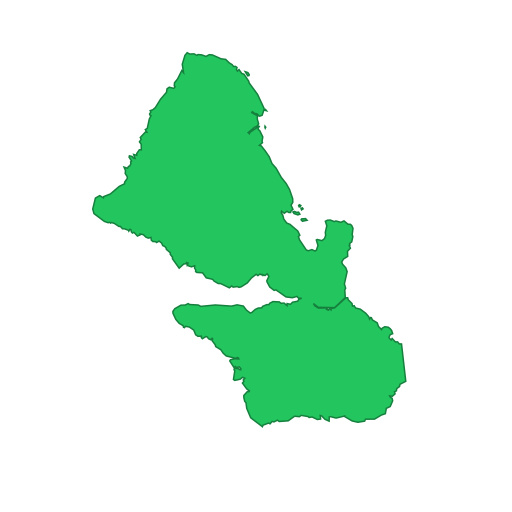 outline of Tol, Chuuk, Federated States of Micronesia, rotated 143°
{"feature_id": "79324940B54997452530027", "entity_name": "Tol", "entity_type": "district", "adm_level": 2, "iso_a3": "FSM", "parent_name": "Federated States of Micronesia", "parent_adm1": "Chuuk", "projection": "natural_earth1", "projection_center": [151.62, 7.349], "detail": "fine", "context": "isolated", "style": "filled", "palette": "green", "viewbox_px": 512, "rotation_deg": 143, "n_neighbors": 0, "source": "geoboundaries", "source_scale": "gbopen_adm2", "svg_char_len": 6141}
<svg xmlns="http://www.w3.org/2000/svg" viewBox="0 0 512 512"><g transform="rotate(143 256 256)"><path d="M192.7,98.2L194.5,99.6L194.6,102.2L196.4,103.5L196.9,108.2L198.6,107.6L199.0,110.2L198.4,111.3L196.2,112.4L193.6,111.7L192.5,114.9L192.6,117.1L193.2,119.5L195.7,122.0L198.8,122.4L200.0,121.7L200.6,126.1L199.4,129.6L201.5,134.9L201.0,137.3L201.5,137.9L203.3,137.3L202.5,139.6L202.8,144.2L204.7,150.8L207.8,154.6L207.5,157.2L209.1,157.9L207.9,160.3L208.7,165.5L207.9,167.5L209.4,168.5L224.6,167.2L227.3,168.8L228.6,167.8L228.9,169.8L230.8,169.2L231.7,170.8L230.9,170.8L231.2,172.3L237.5,176.8L239.0,180.7L238.8,183.5L237.1,177.5L224.3,167.5L209.7,169.1L205.5,175.5L203.8,176.3L202.2,180.5L192.6,188.7L191.4,192.5L191.8,197.3L191.2,199.6L187.9,200.9L183.0,200.5L180.1,204.7L175.9,205.4L175.2,208.3L174.5,208.1L173.8,209.6L171.0,209.7L166.9,213.3L166.4,215.1L161.9,219.7L161.2,222.8L161.6,224.6L163.4,226.0L164.6,231.1L167.9,231.8L171.1,235.9L172.8,236.4L175.0,240.0L177.4,241.6L179.7,242.0L181.3,237.5L186.4,233.2L188.0,230.5L190.8,228.7L194.1,228.6L197.2,232.4L198.2,232.5L200.2,227.1L204.3,224.3L205.9,224.5L207.5,227.5L211.1,228.7L212.2,230.6L211.5,242.7L210.4,246.0L208.5,246.2L207.6,250.8L209.8,260.8L211.6,263.8L211.6,268.7L210.0,272.6L209.8,275.4L208.6,276.4L207.7,273.1L204.4,273.1L203.7,271.1L202.2,269.9L201.0,270.9L198.4,271.0L197.4,275.5L194.3,276.7L192.2,279.7L189.2,288.9L188.3,295.6L188.5,303.6L187.1,314.1L187.6,320.2L185.7,327.3L185.4,334.3L185.5,340.7L186.7,342.3L182.6,342.6L182.1,344.0L178.9,347.0L177.6,353.7L178.0,355.9L176.8,357.2L177.4,357.9L180.3,358.1L186.4,358.4L187.7,357.6L188.0,359.3L179.7,359.7L177.0,359.1L174.4,359.9L172.5,364.7L170.5,367.1L173.1,373.1L172.1,373.5L171.2,370.6L169.6,368.9L169.3,365.8L168.7,365.4L166.4,364.7L161.6,368.0L160.7,369.1L157.5,384.1L157.3,398.4L156.6,400.0L156.2,408.4L157.5,410.3L157.4,415.1L159.6,414.9L159.4,416.7L157.7,418.0L158.3,419.8L159.9,420.9L159.9,423.3L161.1,426.2L161.9,431.3L165.2,434.5L169.8,442.8L172.1,444.9L175.8,445.5L178.3,449.3L181.1,451.8L182.5,451.8L183.8,454.7L187.4,457.2L188.6,459.8L192.0,459.0L199.5,453.5L203.5,446.1L203.6,448.8L212.1,444.6L216.8,443.4L218.9,441.1L218.7,440.0L219.8,439.5L220.9,439.5L223.7,443.0L226.4,443.1L229.0,440.6L237.8,438.7L247.1,435.1L250.6,434.9L253.0,435.8L253.4,434.2L255.5,433.5L255.9,432.6L255.4,431.3L258.8,429.6L266.1,423.3L268.3,423.6L268.7,420.6L269.5,421.6L277.1,420.3L277.5,418.3L280.4,417.3L280.4,414.4L283.7,409.8L285.3,411.0L289.6,409.6L290.6,408.2L292.6,410.7L293.9,406.7L295.0,408.0L295.0,410.0L296.8,412.2L297.9,411.3L298.2,406.8L299.5,406.6L300.3,405.1L302.8,403.8L303.9,404.3L305.8,403.4L307.9,406.4L308.8,402.8L310.8,400.6L311.1,396.8L312.1,395.4L316.4,394.1L317.5,392.8L323.3,393.9L335.0,393.2L341.8,395.1L342.8,394.3L344.5,398.3L349.4,398.9L358.1,391.8L359.9,387.4L356.3,374.9L354.1,371.6L352.5,370.8L352.3,369.7L351.2,369.7L349.4,367.0L347.7,362.1L346.5,361.2L346.3,358.1L344.7,356.9L342.4,353.3L342.6,352.4L340.6,353.2L340.1,352.2L341.0,350.3L340.9,348.7L339.2,348.3L338.7,343.3L335.9,342.6L335.3,343.4L333.1,340.7L332.6,337.4L331.3,335.1L328.7,334.0L330.1,331.7L329.7,329.7L327.6,327.9L327.3,326.6L324.4,326.2L323.6,323.1L324.2,320.4L323.1,318.5L323.0,316.4L323.6,315.2L322.5,310.2L323.5,308.9L323.4,305.4L324.4,304.0L324.7,292.5L318.7,293.1L316.9,292.2L315.5,292.4L316.1,291.0L315.0,291.8L314.5,291.4L316.4,289.6L314.1,286.2L310.9,285.1L312.4,283.2L312.5,281.2L313.6,279.9L313.2,278.5L308.8,274.7L308.9,268.5L304.7,263.5L304.6,261.2L302.7,256.7L300.8,255.2L296.4,246.6L293.5,246.7L293.0,244.9L289.3,242.8L288.5,241.2L286.4,240.3L279.1,239.7L272.8,241.2L266.9,241.3L266.3,239.2L263.7,239.2L263.1,237.8L262.3,237.8L262.2,236.2L261.3,236.3L260.6,235.0L257.8,235.0L258.0,232.0L262.2,229.8L262.8,228.7L263.7,222.9L262.2,217.6L260.5,217.0L256.7,205.3L252.1,200.8L247.7,199.1L247.4,196.7L244.9,194.8L248.0,195.6L249.9,194.8L254.6,197.1L257.5,196.7L259.8,199.3L261.1,197.7L261.9,201.5L264.5,203.2L265.0,205.3L269.9,209.4L273.5,210.0L274.9,209.4L276.7,210.7L281.1,211.8L282.6,211.1L285.5,213.1L288.8,213.8L293.4,213.4L294.9,213.9L296.2,218.5L296.2,223.6L300.5,228.4L305.7,230.7L318.0,241.4L330.4,249.0L331.6,251.6L338.2,257.2L338.8,258.8L342.2,259.5L345.5,261.9L352.5,262.8L355.7,261.8L356.8,260.2L358.2,253.6L357.9,248.4L356.1,244.2L356.8,242.7L356.2,241.8L354.7,242.3L352.0,239.4L350.3,234.3L351.6,229.4L350.7,226.8L347.9,224.9L348.8,223.7L348.6,222.2L344.5,221.8L343.6,220.5L343.7,218.5L342.7,216.5L340.6,216.8L340.5,215.8L342.0,215.0L342.0,209.7L342.7,207.9L340.5,202.3L340.7,197.9L339.9,194.0L333.8,186.5L332.1,186.3L331.3,185.0L331.7,184.1L334.5,186.5L338.8,188.5L340.1,188.0L340.7,180.3L339.1,180.3L338.9,178.8L336.0,177.5L335.9,175.0L336.7,174.3L337.3,174.8L338.0,176.9L340.9,179.2L342.0,178.4L342.1,177.0L348.3,171.0L347.9,169.5L345.4,168.3L342.7,167.1L339.7,167.2L338.5,165.1L340.8,164.7L341.0,163.2L343.3,162.7L343.4,155.4L342.4,152.2L343.3,151.9L344.5,152.9L349.6,152.0L350.9,150.3L352.4,146.9L352.4,144.7L355.1,139.9L357.6,130.0L353.6,115.8L352.3,116.7L346.5,115.0L345.8,113.5L342.7,114.2L341.5,112.7L337.6,111.9L337.1,109.9L329.5,105.0L321.6,104.8L318.0,101.5L315.9,101.6L311.0,96.4L310.8,95.1L308.1,93.7L305.4,88.5L302.5,86.9L300.7,90.0L299.8,88.8L299.2,84.1L297.0,80.1L294.3,83.4L293.1,82.8L289.6,78.4L281.4,74.8L281.8,74.4L278.5,66.4L274.7,61.9L268.6,58.7L266.8,59.8L259.5,54.4L251.5,53.5L247.6,52.2L243.6,55.9L239.4,55.0L234.0,58.1L232.9,60.4L233.7,62.4L233.4,63.9L231.5,61.9L227.9,62.2L227.0,64.3L225.0,63.8L223.4,65.4L219.9,65.4L218.3,66.9L211.8,65.8L192.7,98.2ZM197.8,263.6L195.8,263.0L195.6,265.4L197.3,266.4L198.6,268.6L200.0,268.9L200.1,267.0L197.8,263.6ZM197.2,258.2L198.2,257.8L198.0,255.8L193.7,253.8L193.9,256.0L197.2,258.2ZM153.7,409.7L154.2,404.9L153.0,404.3L152.2,405.0L152.1,407.4L153.7,409.7ZM191.9,265.4L190.0,265.3L190.0,266.6L191.4,266.9L191.9,265.4ZM189.8,269.3L190.4,270.8L191.5,270.8L192.0,269.3L191.3,268.7L189.8,269.3ZM160.9,367.8L161.2,367.0L160.2,365.7L160.2,367.4L160.9,367.8ZM170.7,354.2L171.4,353.5L171.7,352.5L170.7,353.0L170.7,354.2ZM176.0,358.6L176.5,357.9L176.3,357.2L175.4,357.5L176.0,358.6Z" fill="#22c55e" stroke="#15803d" stroke-width="1.5"/></g></svg>